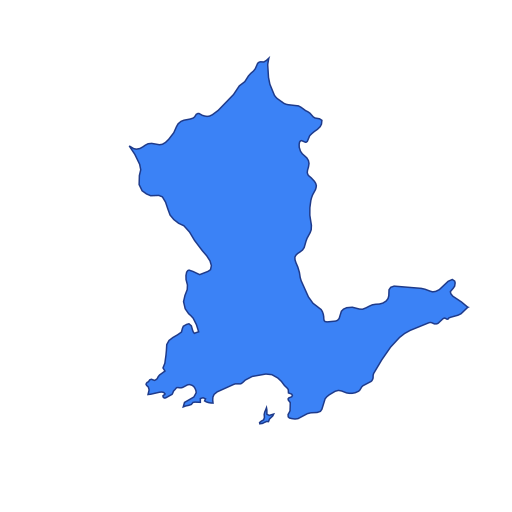 the border of Bío-Bío, rotated 241°
{"feature_id": "CHL-2702", "entity_name": "Bío-Bío", "entity_type": "Region", "adm_level": 1, "iso_a3": "CHL", "parent_name": "Chile", "parent_adm1": "", "projection": "mercator", "projection_center": [-72.611, -37.461], "detail": "fine", "context": "isolated", "style": "filled", "palette": "blue", "viewbox_px": 512, "rotation_deg": 241, "n_neighbors": 0, "source": "natural_earth", "source_scale": "10m", "svg_char_len": 4934}
<svg xmlns="http://www.w3.org/2000/svg" viewBox="0 0 512 512"><g transform="rotate(241 256 256)"><path d="M413.7,198.5L409.2,201.1L407.4,203.2L406.3,206.6L406.3,209.9L406.6,213.0L406.5,216.0L405.1,219.3L400.1,225.5L399.1,228.3L399.2,231.9L400.4,236.3L403.7,243.9L407.7,249.2L409.4,252.0L410.1,255.7L409.7,258.8L407.7,264.8L407.1,267.9L407.4,269.7L408.9,272.5L408.8,274.3L408.2,275.3L405.1,277.2L403.2,279.1L401.8,280.9L400.9,283.1L400.7,286.4L401.7,293.6L408.1,314.6L412.9,323.9L413.9,330.7L417.2,336.8L418.3,340.1L419.0,343.5L420.1,346.1L423.6,350.7L423.9,351.5L424.0,352.4L423.9,353.3L423.6,354.2L421.9,356.9L422.0,359.8L422.8,363.1L422.7,363.0L418.9,359.9L417.5,358.9L406.1,353.5L399.5,351.4L387.6,350.0L385.6,350.3L383.6,350.8L376.0,354.4L374.2,355.8L372.7,357.5L366.7,365.9L364.2,367.5L359.2,369.8L357.0,371.3L354.8,372.4L349.9,373.5L348.1,374.5L345.2,378.1L342.7,379.4L339.6,377.2L338.0,374.8L337.0,371.1L336.6,367.3L336.0,364.2L335.2,361.3L331.4,356.5L331.2,355.2L331.5,354.4L333.7,352.7L334.9,351.7L335.1,350.6L334.5,349.3L332.8,347.9L330.1,346.5L326.1,345.7L323.0,346.0L317.2,348.0L314.0,348.1L311.2,347.2L308.5,345.1L306.2,342.8L304.2,341.3L302.0,340.8L300.4,341.1L297.5,342.2L293.0,343.3L290.5,343.4L288.3,342.9L286.7,341.7L285.3,340.3L282.0,335.1L280.1,332.9L278.0,330.9L272.1,326.5L265.5,322.8L255.9,319.3L252.2,317.0L250.2,314.7L246.7,309.2L244.7,306.9L240.0,302.2L238.7,299.6L238.2,296.4L238.0,293.6L237.3,291.2L236.1,289.4L233.8,288.3L230.9,287.7L226.0,287.2L220.6,286.0L215.7,284.2L212.5,283.5L194.8,282.0L187.1,282.9L177.6,287.0L175.2,287.1L172.4,286.6L170.1,285.8L168.1,284.8L166.5,284.3L165.2,284.6L163.9,286.2L160.5,294.0L160.2,296.1L161.0,298.4L166.3,303.9L167.1,306.8L166.8,310.3L164.5,315.4L159.4,320.8L157.8,323.3L157.3,327.2L157.2,330.8L156.9,334.1L155.8,337.2L154.2,340.5L153.3,344.2L153.5,347.9L154.8,350.9L156.9,352.9L162.0,356.0L163.3,358.7L162.7,362.2L147.6,384.8L145.0,387.7L140.9,391.2L139.0,393.1L137.9,396.1L137.7,400.0L140.7,411.8L140.3,416.3L137.7,417.6L135.9,417.1L133.3,415.1L132.2,412.9L130.6,408.7L128.6,408.1L125.5,408.6L116.2,413.4L108.5,416.4L108.4,416.5L108.4,416.1L106.1,407.3L106.3,403.9L108.1,396.4L108.3,394.6L107.7,393.2L108.4,392.2L109.6,391.5L110.4,390.7L110.5,389.1L108.9,382.8L109.0,381.3L110.0,379.3L110.9,378.5L112.2,377.6L113.3,376.4L113.8,375.0L116.2,354.8L116.2,348.4L115.2,342.1L111.1,329.6L104.3,315.8L96.2,301.9L95.0,300.7L92.5,299.2L91.5,298.1L90.7,296.7L90.5,295.7L90.7,286.7L90.3,285.1L88.4,281.8L88.0,280.2L88.3,276.5L89.3,273.5L90.7,271.0L92.3,268.9L96.6,265.3L98.5,262.9L99.3,259.7L99.1,252.8L98.6,249.8L97.6,247.2L90.0,239.3L88.9,237.0L89.5,233.6L92.3,227.9L93.2,224.5L93.4,213.9L94.5,211.1L96.5,208.4L98.1,206.7L99.7,206.2L101.8,207.2L103.3,209.6L104.4,211.0L105.7,211.6L106.2,212.0L111.2,214.9L114.3,214.4L115.5,214.8L116.0,216.1L115.7,217.7L115.6,219.1L116.5,220.3L118.0,220.2L120.5,218.0L123.6,219.5L125.5,219.2L128.9,218.1L134.1,217.4L138.8,215.9L144.5,212.4L148.0,207.4L152.5,194.3L152.7,186.5L152.0,183.9L151.7,182.5L151.6,180.8L152.0,179.9L154.2,176.0L154.5,174.4L156.0,156.2L155.3,152.3L153.5,149.9L151.0,148.3L148.2,147.1L149.3,145.3L150.8,143.4L152.5,141.8L154.2,140.8L155.5,142.6L157.7,141.0L158.3,138.2L155.0,136.4L157.8,131.8L158.5,129.9L157.5,127.5L158.0,124.8L158.9,121.9L159.3,119.2L162.6,122.5L162.8,133.3L165.4,137.4L167.4,138.2L169.7,138.5L172.0,138.3L173.9,137.4L175.7,135.7L176.5,133.8L176.6,128.4L176.8,127.2L177.4,125.9L178.1,124.8L178.7,124.1L179.3,122.9L179.1,121.9L178.6,120.8L177.9,118.5L176.1,116.2L175.7,115.5L175.7,108.6L175.9,107.4L176.6,106.7L177.8,106.4L178.9,106.9L179.1,108.0L179.1,109.1L179.6,109.6L181.4,109.1L182.7,107.7L183.6,105.7L186.1,97.1L187.2,94.4L190.7,97.6L193.6,98.3L195.8,97.6L197.0,97.6L197.7,98.3L198.2,99.4L198.2,101.0L199.2,103.0L198.9,104.8L197.9,105.6L196.4,106.9L196.3,108.2L196.6,110.1L197.9,112.0L198.7,114.0L199.5,120.6L203.2,120.4L206.4,124.3L209.5,126.6L212.8,129.1L216.6,131.7L221.8,135.0L224.3,139.0L225.0,143.9L225.1,149.3L225.6,153.9L228.3,156.5L229.8,158.4L229.8,162.2L229.2,164.5L226.2,165.6L222.5,164.7L220.2,164.3L218.2,164.6L218.0,166.4L217.5,169.1L219.9,169.6L224.8,170.6L232.0,170.9L235.4,170.1L238.2,169.1L244.2,168.5L251.2,170.5L255.9,174.7L260.0,179.6L263.9,182.0L269.3,183.4L272.9,185.3L275.5,187.5L276.3,189.3L276.1,190.6L273.0,193.4L267.0,197.7L265.8,206.6L266.1,209.6L269.2,212.3L274.0,213.4L280.0,213.0L286.8,211.6L299.4,209.8L309.1,209.5L317.4,207.6L322.1,204.2L327.7,201.8L333.4,200.7L339.9,201.7L346.9,203.0L353.1,202.8L356.1,200.4L359.8,193.1L363.4,190.3L368.3,188.0L375.1,188.4L382.9,193.0L387.3,197.0L392.6,198.7L398.0,199.0L403.7,199.3L413.7,198.5ZM106.4,180.6L107.4,178.0L108.6,178.4L109.0,180.6L109.0,183.2L110.7,185.1L113.4,186.3L115.3,188.0L116.7,189.8L118.2,191.6L116.2,190.9L114.5,190.0L112.4,188.8L110.2,190.2L109.5,193.4L109.2,194.8L108.0,193.1L106.9,188.8L105.1,186.6L106.1,185.2L106.4,182.3L106.4,180.6Z" fill="#3b82f6" stroke="#1e3a8a" stroke-width="1.5"/></g></svg>